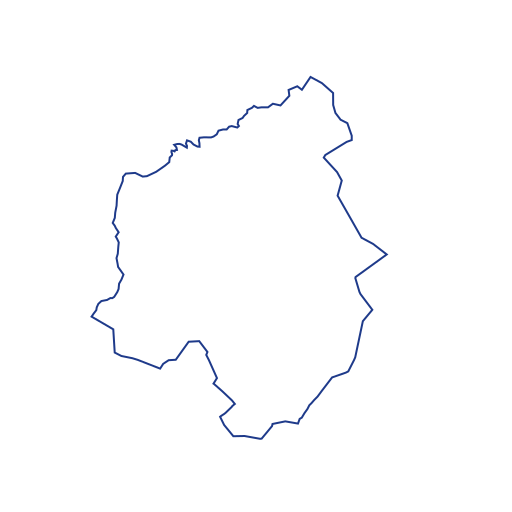 Ibarapa North, Oyo, Nigeria, rotated 46°
{"feature_id": "59680162B62922932811240", "entity_name": "Ibarapa North", "entity_type": "district", "adm_level": 2, "iso_a3": "NGA", "parent_name": "Nigeria", "parent_adm1": "Oyo", "projection": "albers", "projection_center": [3.131, 7.658], "detail": "fine", "context": "isolated", "style": "outline", "palette": "blue", "viewbox_px": 512, "rotation_deg": 46, "n_neighbors": 0, "source": "geoboundaries", "source_scale": "gbopen_adm2", "svg_char_len": 2451}
<svg xmlns="http://www.w3.org/2000/svg" viewBox="0 0 512 512"><g transform="rotate(46 256 256)"><path d="M152.7,149.0L150.6,151.9L148.5,152.6L146.6,153.2L146.6,156.0L145.0,160.8L147.0,163.0L146.9,167.2L147.4,169.8L146.0,174.1L148.3,177.5L150.6,178.0L150.6,180.2L145.7,183.2L144.3,185.5L144.6,189.2L142.1,191.8L139.8,195.9L141.2,199.7L140.6,203.5L139.5,205.9L134.4,211.1L131.7,214.5L133.0,216.7L135.5,218.3L138.2,220.7L136.6,222.1L132.4,223.5L128.5,223.5L124.9,225.3L126.5,228.3L128.9,229.2L130.0,230.5L124.2,232.1L122.3,233.1L120.7,234.9L119.2,237.6L122.6,237.8L124.8,239.2L123.8,240.5L124.2,241.9L122.9,242.4L121.6,243.5L122.4,244.6L124.4,245.5L125.2,246.5L125.2,249.6L128.2,253.2L127.8,258.7L126.1,269.3L122.8,279.0L120.2,282.3L112.3,285.2L106.3,292.4L106.7,296.7L109.5,299.8L112.5,306.4L115.5,313.2L119.1,317.2L123.0,321.4L127.0,327.1L130.5,331.1L132.7,336.1L135.5,336.5L135.9,336.5L138.5,337.4L143.5,338.3L144.6,343.4L146.8,343.9L150.9,345.3L153.5,348.4L158.4,353.9L160.6,357.8L165.5,361.0L168.1,362.8L177.3,364.2L178.4,366.7L179.5,369.2L180.8,373.7L184.3,377.8L185.6,380.9L186.9,386.4L186.5,388.6L185.1,390.0L184.5,392.3L184.2,393.6L181.0,398.5L180.9,402.6L182.3,406.2L184.0,408.5L184.7,413.1L184.9,413.9L185.4,416.4L209.6,409.6L227.3,424.7L234.1,422.4L234.4,422.3L243.7,415.9L248.6,413.2L270.4,403.2L269.1,397.6L270.3,391.2L274.9,385.8L270.9,364.0L277.8,356.0L291.3,357.6L292.6,360.5L298.2,362.2L316.7,368.9L318.3,375.2L318.7,375.1L330.0,374.2L343.2,373.6L347.7,374.0L347.6,374.7L347.6,375.5L347.6,376.0L347.5,376.7L347.5,377.6L347.7,378.3L347.7,378.9L347.7,379.6L347.7,380.5L347.7,381.6L347.7,383.4L347.7,384.5L347.7,385.7L347.7,386.9L347.5,388.7L347.2,390.2L347.0,391.3L346.8,392.4L346.7,393.5L355.4,396.3L369.9,397.5L377.5,389.3L390.4,380.0L391.3,378.8L389.5,362.6L388.3,360.8L395.3,349.8L405.7,342.2L403.5,337.7L404.1,335.4L402.7,330.3L401.8,325.3L400.4,321.3L400.4,318.4L400.0,314.1L399.9,309.4L399.6,307.6L398.7,302.2L396.2,285.6L402.3,272.4L403.1,269.8L399.0,257.9L397.8,255.0L377.1,224.4L375.5,209.7L356.0,207.3L353.6,206.5L340.9,199.9L340.3,199.0L345.7,160.9L328.6,163.4L316.2,167.4L294.8,161.9L269.3,155.4L261.3,141.9L252.0,139.4L232.3,138.9L231.5,136.0L236.9,111.5L239.1,106.6L236.0,103.6L223.9,98.0L216.7,100.5L215.3,100.3L208.3,99.5L201.0,95.6L192.3,87.3L177.4,88.5L165.1,92.4L168.3,107.5L162.6,108.4L159.2,117.2L163.9,120.7L164.7,133.8L158.2,138.1L157.4,144.1L152.7,149.0Z" fill="none" stroke="#1e3a8a" stroke-width="2"/></g></svg>